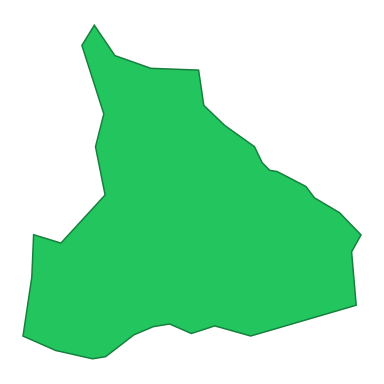 map outline of Malpils (orthographic projection)
{"feature_id": "LVA-5770", "entity_name": "Malpils", "entity_type": "Municipality", "adm_level": 1, "iso_a3": "LVA", "parent_name": "Latvia", "parent_adm1": "", "projection": "orthographic", "projection_center": [24.967, 57.013], "detail": "fine", "context": "isolated", "style": "filled", "palette": "green", "viewbox_px": 384, "rotation_deg": 0, "n_neighbors": 0, "source": "natural_earth", "source_scale": "10m", "svg_char_len": 525}
<svg xmlns="http://www.w3.org/2000/svg" viewBox="0 0 384 384"><path d="M198.6,70.1L203.8,105.4L225.0,125.7L254.5,146.7L262.2,162.7L269.7,170.3L277.1,171.5L305.9,186.5L314.4,197.8L339.5,212.7L361.0,234.9L351.6,251.9L356.2,305.2L250.7,336.0L214.7,325.9L191.3,333.5L169.6,324.0L153.1,326.7L133.8,334.9L105.6,356.7L92.5,358.8L55.7,350.5L23.0,336.1L31.8,277.1L33.6,234.7L60.9,243.1L105.1,195.0L95.5,146.8L103.8,113.9L81.9,45.4L94.3,25.2L114.9,55.6L150.7,68.3L198.6,70.1Z" fill="#22c55e" stroke="#15803d" stroke-width="1.5"/></svg>